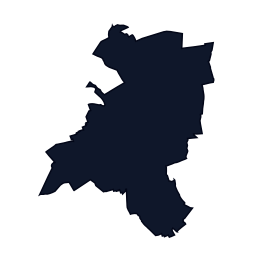 the district of Bradu, Arges, Romania, rotated 189°
{"feature_id": "2599482B70159888613822", "entity_name": "Bradu", "entity_type": "district", "adm_level": 2, "iso_a3": "ROU", "parent_name": "Romania", "parent_adm1": "Arges", "projection": "natural_earth1", "projection_center": [24.915, 44.792], "detail": "fine", "context": "isolated", "style": "filled", "palette": "ink", "viewbox_px": 256, "rotation_deg": 189, "n_neighbors": 0, "source": "geoboundaries", "source_scale": "gbopen_adm2", "svg_char_len": 5617}
<svg xmlns="http://www.w3.org/2000/svg" viewBox="0 0 256 256"><g transform="rotate(189 128 128)"><path d="M159.4,226.5L159.4,225.5L161.9,220.6L161.8,217.7L161.6,216.6L161.2,215.5L160.9,214.2L163.7,212.1L165.6,210.8L167.1,209.8L168.0,209.0L168.3,208.6L168.5,208.2L172.3,199.8L174.1,195.7L172.4,195.2L171.7,194.9L171.1,194.8L170.3,194.6L170.0,194.4L168.0,194.0L165.7,193.5L164.5,193.0L163.7,192.4L163.2,191.4L162.1,190.1L161.5,189.1L161.3,188.8L161.0,188.1L160.2,187.2L159.8,186.9L159.2,186.5L156.1,185.2L147.9,183.5L146.9,182.2L145.9,180.8L141.3,175.2L140.1,173.9L139.9,173.9L139.3,173.3L138.5,172.3L138.4,172.2L144.9,166.9L151.3,161.5L153.1,159.9L155.2,158.2L156.4,157.1L158.1,158.0L159.1,158.7L159.6,159.0L160.0,159.4L160.7,160.2L161.1,160.9L161.7,161.5L163.0,161.9L163.8,162.2L164.6,162.7L165.5,163.4L165.8,163.7L166.1,163.9L166.3,164.2L166.5,164.5L166.8,164.8L167.2,164.9L169.4,165.4L169.8,165.6L170.4,165.9L170.8,166.3L171.7,166.8L172.4,167.3L172.8,167.4L173.1,166.9L173.7,165.6L174.2,164.4L174.7,163.4L175.2,162.3L173.2,162.7L172.5,162.9L171.1,163.2L168.7,163.2L167.6,163.0L165.8,162.0L166.0,160.0L166.2,159.2L166.3,158.7L166.2,158.2L164.1,156.8L163.3,156.3L161.5,155.1L160.8,154.7L160.1,154.2L159.7,154.0L157.6,152.2L157.1,151.6L156.3,150.7L155.6,149.8L154.5,147.6L154.4,147.2L154.5,146.7L154.9,146.2L155.3,146.0L156.0,146.0L156.2,145.9L157.1,146.0L157.5,146.2L158.2,146.6L158.5,146.7L158.9,146.7L159.8,146.3L160.1,146.2L160.3,146.2L162.4,146.3L162.9,146.3L165.1,146.4L166.6,146.3L167.8,146.1L169.1,145.8L170.3,145.3L170.7,145.0L169.2,142.3L167.6,139.4L169.2,138.7L171.1,132.5L168.4,127.5L170.2,126.6L169.5,125.4L170.5,125.3L170.3,124.5L169.7,123.8L173.1,121.7L172.4,120.5L172.3,120.3L171.7,119.3L172.1,119.2L175.3,117.6L175.1,117.3L176.4,116.8L176.0,116.1L178.0,115.2L177.6,114.5L177.8,114.4L178.2,114.2L177.9,113.7L182.1,111.7L182.6,111.5L183.8,110.9L182.9,109.4L182.5,108.6L182.1,107.8L180.9,108.4L180.3,107.3L179.8,106.3L180.9,106.2L181.5,106.1L182.5,105.8L186.1,104.4L186.4,104.2L188.8,103.2L195.7,100.6L196.3,100.5L196.6,100.2L196.4,100.1L205.0,91.8L205.2,91.5L201.6,88.3L194.7,82.6L194.8,82.4L195.4,82.8L195.5,82.8L196.0,82.2L195.8,82.0L196.0,81.8L196.9,81.0L197.3,80.4L197.5,79.8L197.6,79.0L197.5,78.5L197.4,78.2L197.2,77.6L196.9,77.4L196.7,77.3L196.4,77.0L199.2,67.9L204.8,48.3L204.0,48.9L201.2,49.3L199.6,49.9L197.2,50.2L195.0,51.2L192.5,52.6L190.2,54.2L185.9,61.1L183.6,63.3L182.1,64.1L178.2,65.1L177.5,65.1L171.7,58.0L171.5,57.9L170.4,58.9L157.1,71.1L152.1,68.6L150.7,66.1L142.2,61.2L139.9,62.3L139.7,61.9L133.0,65.0L132.2,63.4L130.1,64.3L129.7,63.7L127.4,64.7L127.8,65.3L126.7,65.8L125.4,63.6L125.1,62.9L124.7,63.1L124.3,63.0L123.8,63.4L123.0,62.0L121.7,63.9L120.7,65.2L120.6,65.7L120.7,67.1L120.0,67.3L118.9,62.0L117.9,56.9L117.1,53.1L116.7,51.1L116.2,49.2L114.7,46.8L113.7,45.6L112.2,43.5L112.1,43.3L110.9,43.9L108.6,44.6L108.0,44.7L106.1,44.9L105.8,44.8L105.2,44.3L104.6,43.7L104.1,43.2L103.7,43.1L102.9,42.9L102.7,42.8L102.5,42.5L102.3,41.8L102.2,41.2L101.9,40.6L100.4,39.2L100.2,39.0L99.9,38.0L99.0,37.4L99.0,37.2L97.3,35.6L95.6,34.3L94.2,33.5L92.6,32.3L90.6,31.0L83.9,26.2L81.8,26.9L81.2,27.1L78.3,29.0L77.2,26.7L75.6,27.5L75.0,26.4L71.5,28.5L70.1,26.7L68.7,27.5L68.4,27.6L67.2,28.4L65.3,29.6L66.2,30.7L67.2,31.9L67.8,32.8L68.3,33.5L68.7,34.6L68.0,36.1L66.8,35.3L66.1,34.9L63.7,33.2L63.4,33.2L63.5,33.3L62.4,35.0L61.6,36.1L61.1,36.6L60.7,37.1L59.0,39.0L56.1,42.1L56.7,42.9L57.4,43.5L57.8,43.6L58.3,43.4L58.6,43.4L58.8,43.5L58.9,44.1L58.8,44.5L59.2,45.1L59.2,45.3L59.0,45.8L59.4,46.5L58.8,46.9L57.9,47.7L57.7,48.1L51.8,59.0L52.2,59.0L52.4,59.0L52.6,58.9L53.0,58.9L53.3,58.9L53.6,58.9L54.0,58.9L54.4,59.0L55.0,59.2L56.1,59.6L56.6,59.8L57.5,60.1L58.3,60.3L59.1,60.6L59.9,60.9L60.2,61.0L60.9,61.3L60.5,62.3L60.2,62.8L60.4,63.1L62.9,65.0L64.5,66.5L66.1,68.4L66.5,69.2L66.8,69.7L66.8,70.0L69.5,73.4L71.1,75.9L71.9,77.3L72.3,78.2L72.4,79.3L72.5,80.1L73.6,83.5L73.8,83.9L74.1,84.1L73.9,83.6L76.0,82.1L76.3,82.0L76.9,81.9L78.0,82.1L79.3,82.2L79.8,83.2L81.7,87.1L82.4,87.6L82.9,87.8L83.2,89.7L83.3,90.7L83.5,92.1L84.0,95.0L84.7,96.2L80.7,98.5L78.7,99.6L76.7,100.9L76.2,101.1L75.3,101.4L74.7,101.6L73.7,102.1L72.4,102.8L70.4,104.1L69.1,104.9L68.0,105.5L66.8,106.2L65.5,107.1L65.9,107.6L66.2,108.0L66.3,108.4L66.4,109.5L66.3,110.2L65.5,113.8L65.5,114.4L65.5,114.7L66.2,116.0L66.8,116.9L66.8,117.5L66.6,120.0L66.9,120.8L67.4,121.9L67.7,122.7L67.6,123.5L67.0,125.5L67.1,126.0L67.5,127.0L58.6,129.3L60.5,130.5L60.4,130.5L61.5,131.2L61.9,131.6L62.3,132.4L58.1,133.1L53.9,134.1L54.8,136.6L57.1,143.1L58.1,146.4L58.1,147.1L57.9,150.1L58.2,152.0L58.6,152.3L58.5,153.0L56.9,153.6L57.4,158.9L57.5,164.0L57.7,166.4L57.7,168.5L57.8,169.3L58.0,170.9L58.4,172.7L60.0,177.6L60.3,178.7L60.3,178.9L60.5,179.4L61.7,182.3L61.1,182.6L56.9,184.3L56.5,184.5L55.3,185.0L53.2,185.8L51.0,186.5L51.0,186.9L51.0,187.3L50.8,187.9L50.8,188.4L50.9,189.3L51.1,190.0L51.6,190.5L51.9,190.8L52.1,191.5L56.0,199.8L56.2,201.0L59.1,206.4L58.2,207.2L57.6,214.0L58.1,216.0L57.3,218.0L57.2,225.6L65.2,223.1L64.8,221.7L74.8,218.6L87.4,215.0L89.1,229.7L101.3,229.8L102.5,229.7L104.9,229.5L107.9,228.5L127.8,218.7L128.0,218.6L133.8,214.8L134.0,215.1L134.9,216.8L135.8,218.1L136.7,219.2L137.6,220.2L138.4,220.6L139.2,220.0L139.9,219.4L141.3,218.1L142.3,218.9L142.7,219.8L143.4,220.3L143.6,220.5L144.4,220.7L145.9,219.8L147.9,220.8L148.4,221.0L149.8,221.5L150.6,221.5L150.4,223.0L143.7,227.5L143.8,227.6L144.9,228.0L148.4,228.7L149.8,228.5L151.6,228.1L152.1,228.0L153.3,228.1L154.5,228.2L156.1,227.1L156.5,226.7L157.1,225.8L157.4,225.9L158.3,226.0L158.9,226.2L159.2,226.2L159.4,226.5Z" fill="#0f172a" stroke="#020617" stroke-width="1.5"/></g></svg>